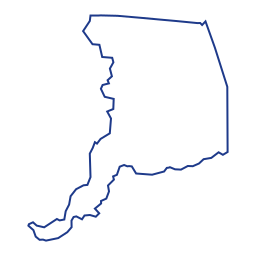 the district of Sacramento, California, United States of America
{"feature_id": "52423323B62056349216099", "entity_name": "Sacramento", "entity_type": "district", "adm_level": 2, "iso_a3": "USA", "parent_name": "United States of America", "parent_adm1": "California", "projection": "equal_earth", "projection_center": [-121.498, 38.377], "detail": "fine", "context": "isolated", "style": "outline", "palette": "blue", "viewbox_px": 256, "rotation_deg": 0, "n_neighbors": 0, "source": "geoboundaries", "source_scale": "gbopen_adm2", "svg_char_len": 1266}
<svg xmlns="http://www.w3.org/2000/svg" viewBox="0 0 256 256"><path d="M200.2,23.0L197.6,23.1L182.2,21.6L176.0,21.0L160.3,19.6L143.0,18.0L118.6,15.9L117.4,15.8L100.7,15.4L98.9,15.5L90.5,15.5L89.8,21.0L83.1,31.1L92.5,44.2L99.4,44.8L102.2,57.0L112.2,57.8L113.4,62.3L109.9,68.6L111.9,76.3L107.6,80.2L108.9,83.4L102.6,85.0L100.9,88.8L104.7,96.8L113.7,98.9L113.3,109.0L107.2,111.5L111.0,118.5L109.8,133.3L100.6,138.9L97.0,143.6L94.9,142.2L92.7,148.0L89.8,153.6L90.5,177.1L87.4,184.9L83.5,185.3L76.1,189.2L70.6,196.2L69.1,204.6L65.7,211.2L64.3,219.5L59.6,220.4L56.9,219.0L44.2,227.3L36.7,225.6L33.0,222.3L28.9,224.2L28.4,225.7L33.4,230.1L35.7,236.6L39.6,239.8L43.0,239.6L46.0,240.6L58.2,238.1L67.3,232.2L71.6,227.2L71.5,220.6L73.6,217.0L76.3,216.4L82.0,219.3L84.5,215.5L89.9,215.0L95.8,216.7L99.2,213.3L94.9,208.6L101.1,203.5L101.0,201.0L106.3,198.6L109.0,191.4L108.0,185.5L113.9,179.6L113.1,176.4L116.9,174.8L119.7,166.7L124.1,165.0L127.3,166.3L129.2,166.1L131.8,166.4L136.1,173.5L152.1,174.7L164.1,171.5L166.8,167.9L169.0,167.6L169.9,167.2L175.0,169.3L181.0,169.6L187.8,166.0L192.8,166.2L199.0,163.5L203.6,159.2L211.3,157.9L218.6,152.3L222.9,154.8L227.6,152.0L227.3,86.8L214.9,47.7L205.5,21.4L202.1,25.0L200.2,23.0Z" fill="none" stroke="#1e3a8a" stroke-width="2"/></svg>